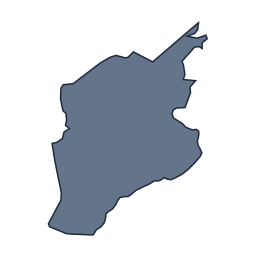 Morrinhos do Sul, Rio Grande do Sul, Brazil, rotated 183°
{"feature_id": "56859067B77647106940694", "entity_name": "Morrinhos do Sul", "entity_type": "district", "adm_level": 2, "iso_a3": "BRA", "parent_name": "Brazil", "parent_adm1": "Rio Grande do Sul", "projection": "natural_earth1", "projection_center": [-49.972, -29.343], "detail": "fine", "context": "isolated", "style": "filled", "palette": "slate", "viewbox_px": 256, "rotation_deg": 183, "n_neighbors": 0, "source": "geoboundaries", "source_scale": "gbopen_adm2", "svg_char_len": 1227}
<svg xmlns="http://www.w3.org/2000/svg" viewBox="0 0 256 256"><g transform="rotate(183 128 128)"><path d="M199.2,90.8L191.2,59.9L191.2,52.4L202.5,28.1L201.0,25.2L184.0,19.3L178.8,19.1L157.2,19.4L154.2,24.8L149.8,27.9L146.8,32.1L145.7,36.5L145.5,41.1L143.3,43.4L139.4,46.2L136.2,50.8L134.7,54.7L132.3,58.2L128.0,59.3L124.2,59.6L121.4,61.8L116.7,66.2L110.0,70.0L104.7,72.6L98.6,76.7L94.9,76.7L92.2,78.1L89.2,80.3L86.3,79.0L82.3,78.6L77.6,81.0L71.4,84.9L65.8,89.7L61.7,94.3L57.9,98.8L54.4,103.4L53.0,107.0L54.7,110.6L56.8,113.7L58.1,118.5L57.0,124.1L57.2,128.4L59.7,130.2L63.6,129.5L66.7,130.5L70.4,131.8L74.0,135.3L82.9,140.2L84.8,144.3L83.7,148.4L80.6,150.5L72.1,151.4L68.6,162.9L67.4,166.3L68.2,172.1L63.0,178.8L75.3,179.3L74.0,184.4L75.9,193.8L77.6,197.4L65.7,212.3L60.9,212.9L58.1,211.2L58.4,216.9L53.6,221.3L55.1,224.8L63.6,221.3L73.7,222.8L66.1,226.0L63.5,230.4L63.1,236.9L66.0,234.2L106.8,195.3L126.6,204.3L131.6,198.7L134.4,197.9L143.9,199.9L150.1,197.4L159.1,191.5L164.2,187.2L185.1,169.4L195.0,167.8L197.0,164.3L196.9,153.8L195.1,146.3L193.7,141.7L190.8,139.4L189.7,132.8L190.6,127.4L186.5,124.4L191.7,120.6L192.9,114.1L198.7,109.7L203.0,108.7L199.2,90.8Z" fill="#64748b" stroke="#1e293b" stroke-width="1.5"/></g></svg>